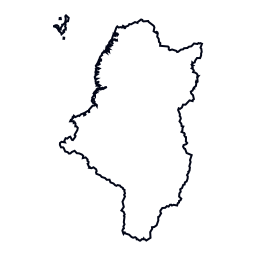 the district of Ambilobe, Diana, Madagascar
{"feature_id": "10022922B52521872200932", "entity_name": "Ambilobe", "entity_type": "district", "adm_level": 2, "iso_a3": "MDG", "parent_name": "Madagascar", "parent_adm1": "Diana", "projection": "mercator", "projection_center": [49.084, -13.513], "detail": "fine", "context": "isolated", "style": "outline", "palette": "ink", "viewbox_px": 256, "rotation_deg": 0, "n_neighbors": 0, "source": "geoboundaries", "source_scale": "gbopen_adm2", "svg_char_len": 5653}
<svg xmlns="http://www.w3.org/2000/svg" viewBox="0 0 256 256"><path d="M143.9,239.3L145.3,239.5L146.3,240.5L150.5,237.8L150.2,232.1L152.2,228.8L152.0,227.2L154.2,227.0L156.6,225.3L158.3,220.5L158.2,217.0L159.1,216.7L161.1,213.3L160.4,212.1L160.3,210.8L162.3,208.0L165.2,207.8L166.9,206.1L168.6,206.6L170.0,204.8L171.2,204.7L171.9,205.5L173.6,204.8L177.1,205.5L177.8,203.2L179.0,202.5L179.1,200.9L180.5,200.3L181.3,198.7L179.1,196.6L179.4,193.4L180.7,191.7L180.2,189.3L182.1,188.0L183.2,184.9L184.6,184.5L184.9,182.4L186.6,181.4L187.6,178.7L187.8,176.4L187.0,175.1L188.7,172.5L188.3,171.7L189.5,170.7L189.9,167.4L189.3,166.3L190.6,162.0L190.0,160.1L191.7,155.1L186.6,153.0L185.1,148.9L184.2,148.6L183.1,146.7L183.6,145.1L186.3,144.1L187.2,143.0L185.9,141.5L186.0,137.1L185.1,136.8L184.2,135.2L184.8,134.1L184.2,133.0L181.5,131.9L182.4,130.4L182.5,128.2L183.3,126.5L181.6,126.1L181.3,123.7L179.5,121.3L180.8,118.7L180.5,117.1L179.7,116.1L179.9,114.1L178.1,110.0L178.7,108.3L180.0,108.9L181.9,107.5L183.0,104.7L185.5,104.7L189.5,100.4L192.6,101.1L192.8,100.0L193.9,99.1L193.0,95.2L191.2,93.4L190.8,91.6L192.6,90.5L193.4,88.5L194.2,88.5L194.0,87.5L195.9,86.0L196.3,83.3L195.9,82.1L196.1,81.5L196.7,82.3L197.6,81.7L197.3,77.7L198.3,76.3L197.3,76.5L197.6,75.1L196.8,73.7L195.2,72.6L193.1,72.1L193.8,70.5L193.0,69.1L191.7,68.3L192.7,67.5L192.1,65.9L193.1,65.5L191.7,64.6L192.2,64.1L192.3,62.4L193.0,63.0L194.7,62.4L195.2,60.6L197.0,58.0L200.1,58.1L201.1,55.5L201.1,53.4L201.7,51.9L201.3,48.8L200.5,47.7L202.0,43.8L200.3,43.1L199.2,43.5L198.4,43.1L197.4,44.0L194.0,43.5L191.4,46.3L188.6,46.8L187.5,48.0L184.1,48.2L183.2,49.3L180.8,49.7L178.2,51.8L177.1,52.0L176.4,50.9L172.1,49.5L169.8,50.2L168.8,49.5L168.8,47.3L168.0,46.5L160.1,45.8L160.3,43.1L159.0,41.9L158.7,38.8L157.2,36.7L157.8,33.4L156.8,33.2L157.1,32.1L156.6,31.8L155.5,32.4L153.6,31.3L154.4,27.4L153.7,25.8L148.6,21.9L148.2,21.0L143.5,21.4L142.6,20.9L142.3,19.9L141.1,19.5L137.7,22.1L137.5,22.9L135.0,22.1L131.1,24.3L129.3,24.1L128.3,25.7L125.8,26.6L125.1,28.1L124.5,28.1L124.5,27.5L122.8,26.8L123.6,26.2L123.0,25.8L121.9,27.6L120.6,27.1L118.6,27.5L117.3,26.4L116.4,27.5L114.7,32.2L116.0,33.3L117.5,33.6L118.0,34.5L117.5,35.1L117.3,34.0L115.7,34.5L113.7,33.8L113.9,35.2L115.4,35.6L115.7,36.6L115.0,35.8L113.2,35.1L112.1,38.3L112.9,39.6L114.8,39.2L116.0,40.3L116.9,39.9L117.0,40.6L115.5,40.5L114.7,39.6L112.7,40.0L112.1,42.2L113.0,44.2L111.7,42.6L112.1,40.9L111.7,39.6L111.0,40.1L109.2,42.4L110.1,44.4L111.6,45.4L111.0,45.7L110.1,45.1L109.6,46.2L111.3,46.5L109.1,46.5L109.3,44.8L108.8,44.1L107.1,46.2L107.3,47.2L109.1,48.7L107.7,48.5L108.7,49.5L108.9,50.8L106.4,47.7L106.2,49.2L107.4,49.6L108.0,51.3L105.8,50.1L105.7,51.2L106.4,52.6L104.2,51.1L103.9,52.5L103.2,53.2L103.8,52.2L103.5,51.9L102.1,53.3L101.7,54.4L102.1,55.1L100.3,56.5L99.6,58.2L99.9,58.9L101.9,59.7L101.1,59.6L100.7,60.3L101.6,61.1L100.4,60.7L100.4,59.6L99.0,59.7L98.5,61.0L99.2,61.3L97.8,62.4L97.4,63.8L97.9,64.5L98.4,63.6L99.3,63.2L99.6,64.2L97.9,65.0L96.8,64.3L95.8,65.9L96.3,67.1L99.5,68.5L98.4,69.2L97.8,68.5L96.4,68.4L95.8,68.9L96.8,71.5L99.3,72.4L96.9,72.2L95.6,71.5L95.4,72.2L96.1,74.0L97.3,74.4L96.7,74.8L95.6,74.1L95.3,76.4L94.7,77.0L95.1,78.6L97.2,78.7L95.6,79.6L95.6,81.9L96.6,82.6L98.2,81.8L99.2,82.3L98.3,82.2L96.0,83.6L97.0,85.2L96.7,85.7L97.8,85.8L98.8,84.7L100.1,85.5L99.6,85.8L98.4,85.1L100.0,88.5L102.5,87.8L103.1,88.6L105.2,87.2L106.8,87.0L103.0,89.1L101.1,88.5L101.5,90.0L101.0,89.4L99.7,89.4L97.6,88.4L96.9,89.0L97.7,90.5L96.2,90.2L95.3,91.2L96.4,92.1L94.4,92.1L94.0,92.8L95.1,93.4L93.9,93.9L95.0,95.0L95.0,95.9L94.3,94.9L92.2,97.7L92.6,99.5L93.9,99.0L93.9,100.0L92.0,99.8L91.7,100.9L93.1,103.0L94.1,103.4L94.1,101.8L94.9,100.9L94.4,101.9L94.7,103.3L96.9,105.1L96.8,106.1L95.8,104.5L94.3,105.6L92.6,105.7L89.0,109.8L89.3,112.9L88.7,111.4L87.7,111.0L85.2,112.5L85.1,113.8L85.9,115.2L84.8,114.5L84.1,115.2L83.5,113.3L80.8,114.4L79.3,116.0L78.3,115.6L75.4,117.1L73.8,115.7L73.2,117.0L74.0,118.1L72.6,117.4L72.2,119.0L70.9,119.8L70.2,121.3L73.6,121.2L73.7,122.9L74.8,122.4L75.5,123.6L75.3,126.3L76.4,126.3L77.8,127.9L77.3,130.2L74.7,134.6L74.7,135.4L75.5,135.9L75.3,136.8L72.9,140.1L72.0,139.9L70.3,136.7L69.0,137.1L67.3,138.6L65.6,138.2L64.3,141.0L65.0,142.4L61.5,141.8L60.0,143.0L59.9,144.9L61.0,147.3L63.0,147.3L63.7,148.0L65.2,151.5L67.6,152.1L69.0,153.6L70.4,153.4L72.0,151.9L74.6,150.8L76.8,153.2L79.1,153.4L81.8,154.5L83.2,155.8L82.8,158.1L85.6,157.4L87.6,159.5L87.4,160.8L88.6,161.9L88.3,163.7L87.7,163.9L88.7,166.2L89.6,166.8L89.1,167.8L91.5,168.2L93.5,167.3L96.1,169.3L96.7,171.1L96.0,172.2L96.4,173.8L100.3,175.3L101.7,177.0L105.0,178.0L106.7,179.8L109.5,179.7L110.5,182.4L113.5,183.5L115.1,185.2L116.4,185.8L117.6,185.1L120.0,185.6L120.7,186.7L122.9,188.0L123.1,189.0L124.6,190.0L124.3,191.1L125.0,193.3L124.1,194.9L125.0,196.4L122.5,201.7L123.8,206.9L121.4,210.5L123.6,211.8L124.7,214.5L123.9,215.9L124.5,216.7L123.8,222.2L124.5,224.4L123.4,226.4L123.9,228.4L122.9,229.2L122.4,230.7L123.3,233.4L123.5,233.8L124.2,232.4L124.8,232.4L125.2,233.4L129.2,234.7L131.5,237.0L133.1,237.7L135.2,237.2L136.4,238.0L136.7,239.3L137.6,239.2L139.6,240.6L140.4,240.6L141.8,239.2L143.1,239.2L143.6,238.5L143.9,239.3ZM68.0,21.2L68.7,17.9L66.0,15.4L65.3,16.2L65.8,19.2L65.0,22.7L63.4,24.4L62.2,24.7L62.4,25.6L60.9,27.7L60.7,29.6L59.9,29.7L59.1,28.9L58.3,26.1L57.0,25.2L55.6,25.3L54.0,26.0L54.0,26.5L56.0,27.1L57.5,28.4L59.0,31.1L61.0,32.7L61.5,34.3L64.2,31.9L64.1,31.3L63.3,31.6L63.3,30.9L64.8,29.4L65.7,29.6L65.9,27.8L65.1,26.7L65.6,24.6L65.1,23.7L66.4,21.4L68.0,21.2ZM60.8,19.1L60.6,17.9L59.7,18.0L59.6,19.1L60.8,19.1ZM64.1,38.8L64.2,37.7L63.6,37.6L63.5,38.8L64.1,38.8Z" fill="none" stroke="#020617" stroke-width="2"/></svg>